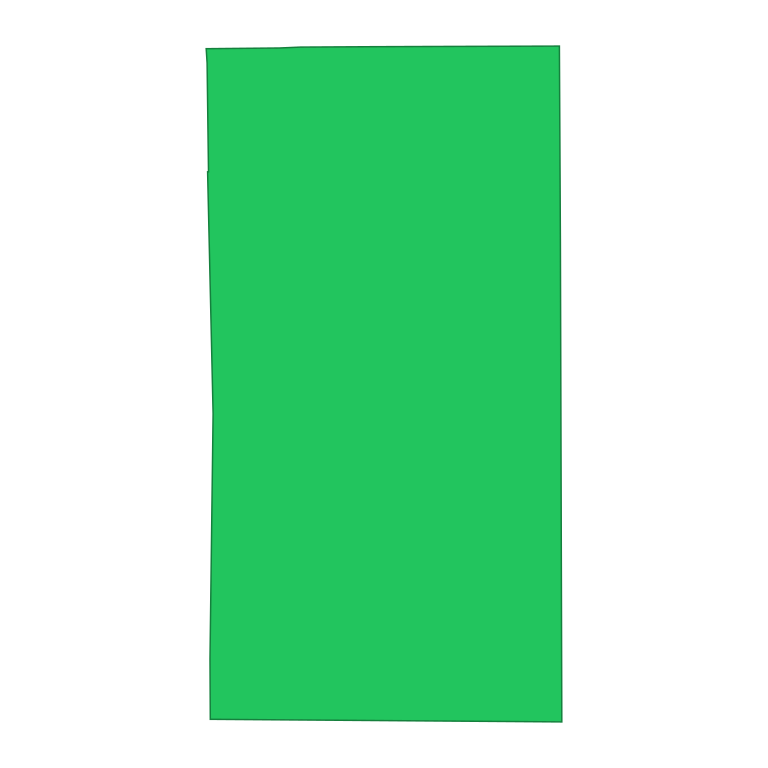 Platte, Wyoming, United States of America (Natural Earth projection)
{"feature_id": "52423323B10745128223313", "entity_name": "Platte", "entity_type": "district", "adm_level": 2, "iso_a3": "USA", "parent_name": "United States of America", "parent_adm1": "Wyoming", "projection": "natural_earth1", "projection_center": [-105.065, 42.131], "detail": "fine", "context": "isolated", "style": "filled", "palette": "green", "viewbox_px": 768, "rotation_deg": 0, "n_neighbors": 0, "source": "geoboundaries", "source_scale": "gbopen_adm2", "svg_char_len": 304}
<svg xmlns="http://www.w3.org/2000/svg" viewBox="0 0 768 768"><path d="M426.9,46.5L372.7,46.7L300.5,47.1L279.4,48.0L206.2,48.7L207.1,63.1L208.5,171.8L207.6,171.8L213.1,413.8L210.0,659.0L210.3,719.3L561.8,721.9L560.4,242.3L559.4,46.1L426.9,46.5Z" fill="#22c55e" stroke="#15803d" stroke-width="1.5"/></svg>